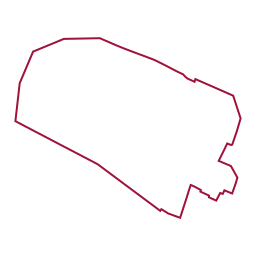 the district of Asunción Ocotlán, Oaxaca, Mexico
{"feature_id": "50627088B10874491578506", "entity_name": "Asunción Ocotlán", "entity_type": "district", "adm_level": 2, "iso_a3": "MEX", "parent_name": "Mexico", "parent_adm1": "Oaxaca", "projection": "mercator", "projection_center": [-96.719, 16.762], "detail": "fine", "context": "isolated", "style": "outline", "palette": "rose", "viewbox_px": 256, "rotation_deg": 0, "n_neighbors": 0, "source": "geoboundaries", "source_scale": "gbopen_adm2", "svg_char_len": 808}
<svg xmlns="http://www.w3.org/2000/svg" viewBox="0 0 256 256"><path d="M240.5,118.1L233.2,95.7L195.4,79.1L194.5,81.8L191.6,80.4L187.4,78.5L185.3,76.8L184.6,76.0L183.1,74.3L181.1,73.4L175.9,70.9L168.1,66.8L162.4,63.9L156.6,61.0L154.1,59.8L134.9,52.6L124.1,48.5L116.4,45.4L99.8,38.2L63.8,38.9L33.1,51.6L19.7,83.2L15.4,121.2L97.6,164.2L160.2,210.8L161.3,209.2L161.8,209.4L163.3,210.4L166.6,212.4L168.0,213.4L180.1,217.8L181.2,214.5L187.1,196.3L188.8,190.7L190.7,185.0L194.1,186.4L200.8,190.0L200.8,190.3L200.4,191.6L209.0,195.6L208.9,197.3L216.2,200.6L220.2,193.0L222.7,193.9L223.2,193.0L224.4,190.3L232.1,193.5L232.3,193.0L235.8,183.1L237.4,177.6L230.9,166.0L218.7,160.9L223.6,151.0L227.2,143.5L231.1,145.0L232.2,144.7L236.9,131.0L240.6,118.4L240.5,118.1Z" fill="none" stroke="#9f1239" stroke-width="2"/></svg>